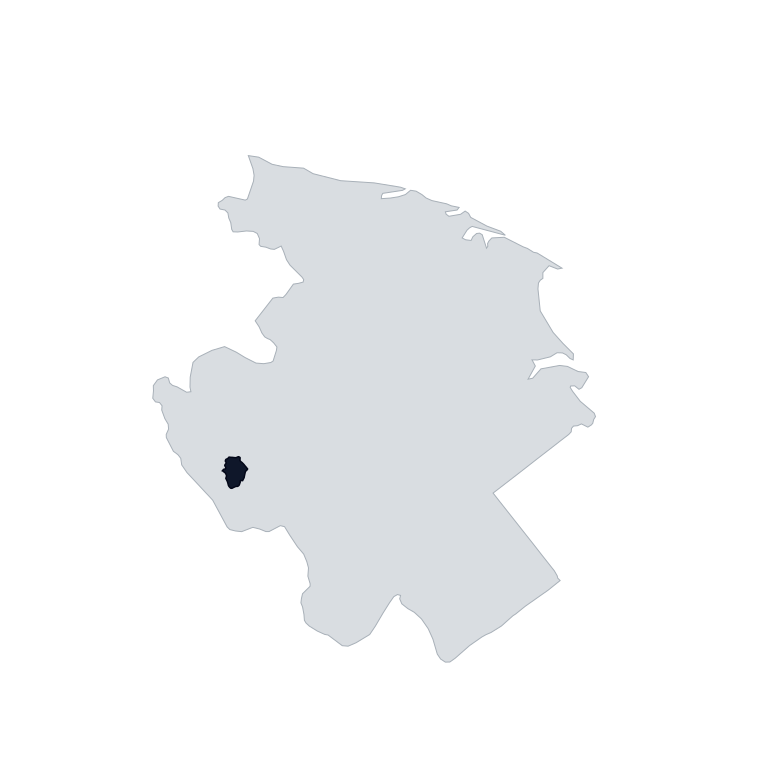 Lèkoni-Lèkori, Haut-Ogooué, Gabon (highlighted), rotated 142°
{"feature_id": "22940354B21912666573849", "entity_name": "Lèkoni-Lèkori", "entity_type": "district", "adm_level": 2, "iso_a3": "GAB", "parent_name": "Gabon", "parent_adm1": "Haut-Ogooué", "projection": "natural_earth1", "projection_center": [13.947, -1.086], "detail": "fine", "context": "in_parent", "style": "filled", "palette": "ink", "viewbox_px": 768, "rotation_deg": 142, "n_neighbors": 0, "source": "geoboundaries", "source_scale": "gbopen_adm2", "svg_char_len": 4433}
<svg xmlns="http://www.w3.org/2000/svg" viewBox="0 0 768 768"><g transform="rotate(142 384 384)"><path d="M508.7,132.4L508.3,138.3L502.5,152.9L499.8,164.0L499.1,175.9L500.7,185.5L503.5,192.3L505.3,199.8L503.9,205.0L501.1,207.2L503.0,209.8L507.2,210.4L514.4,208.2L525.5,204.2L540.0,198.5L549.5,195.4L565.3,197.3L573.7,199.5L578.0,203.5L582.6,220.6L584.9,223.2L588.7,230.5L591.9,239.2L592.6,243.6L592.2,246.8L589.0,251.6L585.4,258.5L584.2,262.7L581.1,265.8L577.3,268.9L566.8,270.1L565.2,272.0L562.3,279.4L556.7,285.6L554.2,291.5L552.0,299.4L552.4,309.2L551.3,323.3L550.2,332.8L552.9,336.2L565.5,338.5L567.9,340.4L571.3,346.3L575.6,351.8L587.1,355.3L591.5,359.6L595.1,364.2L595.6,368.0L593.0,383.3L590.5,398.0L591.5,409.1L592.4,419.8L593.8,435.4L593.2,444.8L589.9,450.6L589.9,455.2L591.4,460.6L588.5,475.8L586.7,478.3L581.5,481.1L578.8,485.2L578.0,491.6L575.2,500.3L572.3,503.5L572.3,507.6L575.1,510.6L575.0,515.1L569.9,520.5L566.8,524.7L560.0,526.7L552.1,524.5L550.3,521.5L552.2,516.8L551.5,513.1L548.8,509.1L544.6,499.0L540.9,496.8L538.8,501.0L532.5,508.7L521.2,518.6L513.3,519.4L498.8,516.4L486.6,511.6L480.8,500.0L477.2,490.4L472.0,479.3L466.2,474.0L459.9,470.6L457.2,470.4L448.2,476.6L445.6,479.1L445.6,484.3L446.4,489.1L447.8,491.5L449.0,494.6L448.8,499.4L447.2,505.9L446.6,513.1L418.7,520.1L413.8,517.5L410.3,514.3L406.1,514.9L393.9,518.5L389.5,516.0L385.0,514.1L383.0,515.7L382.8,518.7L384.9,535.5L384.3,542.0L381.5,550.3L380.1,556.0L387.5,557.6L390.2,560.2L392.8,564.5L396.4,568.4L396.6,570.8L392.6,575.2L391.2,580.6L393.1,584.8L398.2,589.3L405.6,593.8L409.2,596.8L408.8,599.6L405.4,605.5L404.1,610.4L401.7,614.9L402.2,619.0L405.5,622.8L405.2,626.3L402.9,628.9L398.4,628.3L394.5,628.7L391.0,627.6L380.1,614.3L377.7,613.9L361.9,624.2L357.9,628.4L354.7,634.4L350.3,647.5L343.1,639.9L336.9,626.0L329.7,617.4L314.5,603.6L310.4,593.4L293.0,570.9L267.9,548.5L249.9,529.0L247.1,524.7L250.2,525.2L267.6,535.0L270.0,533.9L272.0,531.7L264.5,526.6L257.3,522.6L250.5,520.1L243.8,520.3L240.0,516.2L237.5,509.9L236.3,504.6L233.3,499.0L223.7,487.4L221.3,483.0L216.1,476.9L219.3,476.1L229.6,481.9L230.5,479.6L229.6,476.2L219.2,470.6L213.6,470.3L212.3,466.4L213.1,461.9L205.7,445.1L198.0,432.5L196.8,426.5L217.5,453.9L220.3,454.4L223.9,454.1L232.5,451.0L230.9,447.4L227.0,443.5L223.3,445.3L218.4,445.6L215.8,444.0L214.7,441.2L219.6,427.9L217.4,428.6L215.9,430.9L213.2,432.1L209.1,432.7L198.9,425.6L189.9,406.4L187.5,402.5L185.1,395.8L182.7,393.0L172.4,365.7L176.4,367.7L181.1,375.6L190.2,374.0L193.8,369.4L196.9,369.6L200.1,368.5L204.1,364.2L215.9,345.4L219.0,320.5L218.0,305.8L216.2,291.1L220.1,286.5L221.7,289.6L222.4,294.8L224.2,298.6L228.4,302.1L236.2,303.0L248.2,308.4L252.5,311.9L253.7,305.0L267.5,299.1L263.3,297.0L251.0,299.3L234.2,290.5L228.6,284.9L223.4,274.4L217.9,268.8L218.3,263.8L230.4,259.3L233.6,259.8L234.9,265.2L238.2,267.5L239.4,266.7L239.9,262.1L240.0,249.5L236.3,231.6L237.4,228.1L240.7,226.9L243.7,224.5L245.8,224.1L249.9,224.5L251.9,228.7L253.0,231.0L257.2,232.0L260.6,234.2L263.5,233.6L265.9,231.1L269.5,230.5L280.5,230.6L290.5,230.6L310.4,230.7L330.3,230.7L350.2,230.8L365.2,230.9L365.2,220.6L365.1,204.8L365.0,186.1L364.9,168.1L364.9,151.5L364.8,131.9L365.6,126.3L366.6,124.0L366.2,120.7L381.6,120.5L409.5,121.9L421.7,121.7L425.2,122.0L440.4,121.0L452.7,122.3L458.0,123.7L462.7,124.4L477.5,125.2L496.8,124.1L503.3,124.4L506.9,127.1L508.7,132.4Z" fill="#d9dde1" stroke="#a8b0b8" stroke-width="1"/><path d="M566.8,406.9L567.1,405.3L567.5,403.5L568.1,402.0L569.0,400.0L569.2,399.0L569.2,397.8L569.0,396.4L568.3,395.6L567.6,395.3L566.3,395.1L564.2,394.6L563.2,394.1L562.5,393.5L561.4,393.3L560.6,393.4L559.8,393.8L558.9,394.4L557.8,395.1L557.2,395.9L556.7,396.2L556.1,396.1L555.6,395.4L554.9,394.9L553.0,395.8L551.9,396.3L550.3,397.7L549.0,398.8L547.5,400.0L546.4,400.5L544.8,400.6L543.8,401.0L543.8,403.4L543.9,405.2L543.9,406.9L544.1,408.7L544.2,409.6L544.5,410.6L544.6,411.4L544.6,412.3L544.1,413.0L543.4,413.7L542.7,414.7L543.2,416.1L543.8,416.5L545.1,416.8L546.2,417.2L547.1,418.0L548.5,419.4L550.0,420.7L551.1,421.8L552.3,421.6L553.5,421.5L554.5,421.9L555.4,421.8L556.5,421.0L556.7,419.7L556.9,419.0L557.7,418.6L558.8,418.4L559.6,417.9L559.9,416.9L560.0,415.7L560.7,415.0L561.5,414.8L562.2,415.2L562.6,415.4L563.2,415.5L564.3,415.2L564.8,415.1L564.6,414.8L564.3,413.3L563.9,412.1L563.9,411.0L564.1,410.1L564.4,409.0L564.8,408.4L566.5,407.2L566.8,406.9Z" fill="#0f172a" stroke="#020617" stroke-width="1.5"/></g></svg>